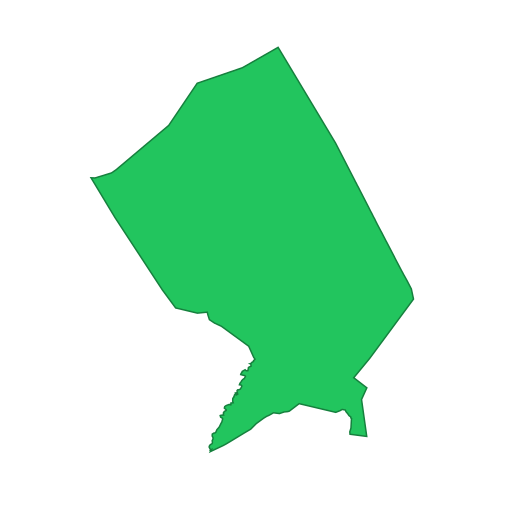 San Miguel Achiutla, Oaxaca, Mexico, rotated 258°
{"feature_id": "50627088B14664801571450", "entity_name": "San Miguel Achiutla", "entity_type": "district", "adm_level": 2, "iso_a3": "MEX", "parent_name": "Mexico", "parent_adm1": "Oaxaca", "projection": "robinson", "projection_center": [-97.508, 17.31], "detail": "fine", "context": "isolated", "style": "filled", "palette": "green", "viewbox_px": 512, "rotation_deg": 258, "n_neighbors": 0, "source": "geoboundaries", "source_scale": "gbopen_adm2", "svg_char_len": 2842}
<svg xmlns="http://www.w3.org/2000/svg" viewBox="0 0 512 512"><g transform="rotate(258 256 256)"><path d="M437.2,234.4L401.9,197.8L369.4,137.0L367.3,131.9L365.8,114.7L366.8,110.9L323.1,126.0L242.2,157.4L221.9,166.6L212.3,186.8L211.2,196.6L208.3,196.7L203.4,197.2L199.0,201.5L194.5,207.5L171.4,228.2L169.3,230.1L157.3,232.7L155.3,233.6L154.1,231.8L153.8,231.9L153.7,231.9L152.9,230.7L153.0,230.2L152.4,229.4L152.1,229.0L151.9,227.8L151.5,228.5L149.3,228.3L148.7,225.8L148.5,225.4L148.1,225.3L145.5,224.2L145.7,222.9L146.3,222.1L147.0,221.7L146.2,219.2L146.0,218.5L145.6,218.5L144.1,216.9L143.2,216.4L142.1,218.5L141.4,220.0L140.6,220.7L140.2,220.5L138.4,218.9L138.5,218.6L137.9,217.3L136.9,216.0L136.3,215.6L134.9,213.9L133.5,213.0L132.7,214.8L132.0,215.1L131.7,215.0L131.4,215.0L129.1,213.1L128.9,212.2L128.7,210.7L128.9,210.2L128.3,209.5L128.0,209.4L124.6,209.4L124.2,207.9L126.3,208.1L126.3,207.3L125.5,207.4L124.5,206.0L123.6,205.7L123.3,205.2L122.6,205.1L122.2,204.4L121.5,203.7L120.1,203.3L118.7,203.0L117.9,203.1L117.2,203.2L117.4,200.9L116.3,200.6L115.7,200.5L115.8,199.7L116.4,199.0L116.4,198.9L116.0,196.2L115.8,195.4L115.2,194.1L113.8,193.4L111.8,194.9L111.1,194.7L110.8,193.6L110.6,192.8L109.8,191.9L109.3,191.5L109.0,191.7L107.9,191.1L107.1,191.2L107.5,188.8L107.4,187.8L105.7,187.9L104.2,189.5L103.5,189.5L102.2,188.8L100.6,188.0L99.6,187.0L98.7,186.3L96.3,184.4L94.2,181.6L91.8,179.9L91.4,178.8L91.6,178.1L90.9,176.2L89.0,175.7L87.7,176.1L87.0,176.2L86.4,176.0L85.8,175.8L85.2,175.3L84.4,174.7L83.3,174.7L82.3,174.5L81.8,174.2L81.4,173.7L81.2,172.8L80.8,171.9L80.3,171.3L79.7,170.8L79.0,170.5L78.4,170.5L77.8,170.7L77.4,170.8L76.6,171.1L76.1,171.2L75.8,171.0L76.0,172.3L74.2,170.8L76.4,180.2L77.4,184.4L78.3,187.5L79.8,191.9L85.4,207.9L86.8,212.1L87.7,214.8L92.0,221.4L95.7,229.6L97.0,233.2L97.4,235.4L99.0,240.5L97.0,246.2L97.6,251.1L97.2,254.7L97.3,256.3L102.6,267.5L86.5,301.5L87.2,305.9L88.0,308.4L86.8,311.3L84.9,311.7L82.7,312.9L80.5,313.8L79.4,314.8L79.0,315.2L77.8,315.1L77.1,315.7L76.1,315.3L67.9,313.1L64.5,311.2L62.1,310.9L56.5,326.8L93.7,329.4L103.9,336.9L104.0,337.0L116.6,326.3L132.2,345.9L166.4,384.5L173.3,392.3L177.9,397.5L181.1,401.1L191.5,401.1L198.0,399.3L199.5,398.9L201.5,398.3L204.8,397.3L207.6,396.4L208.0,396.3L209.2,396.0L210.1,395.7L211.1,395.4L211.8,395.2L216.8,393.8L220.3,392.8L225.3,391.4L226.7,391.1L227.7,390.8L241.7,386.9L244.0,386.2L246.3,385.6L248.1,385.1L250.3,384.5L252.6,383.9L254.5,383.3L261.2,381.4L265.7,380.2L267.5,379.8L268.1,379.6L270.1,379.0L273.7,378.1L276.7,377.2L277.9,376.9L279.4,376.5L279.5,376.5L291.6,373.2L295.3,372.2L298.2,371.4L298.6,371.3L301.3,370.6L301.6,370.5L302.7,370.2L303.9,369.8L306.4,369.2L307.3,368.9L307.9,368.7L309.5,368.3L310.4,368.1L311.0,367.9L349.9,357.3L455.5,321.0L443.0,281.9L437.2,234.4Z" fill="#22c55e" stroke="#15803d" stroke-width="1.5"/></g></svg>